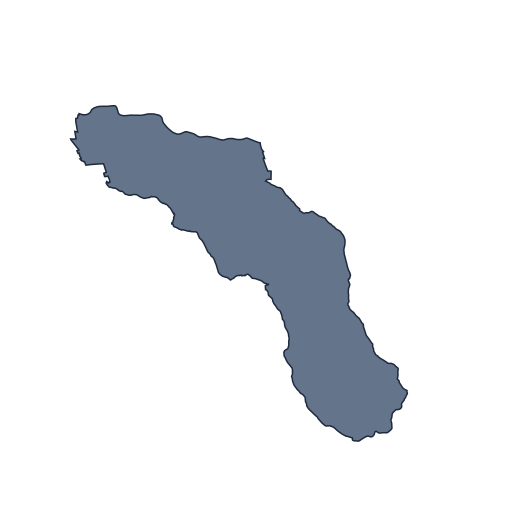 outline of Alunis, Mures, Romania, rotated 53°
{"feature_id": "2599482B15275919271112", "entity_name": "Alunis", "entity_type": "district", "adm_level": 2, "iso_a3": "ROU", "parent_name": "Romania", "parent_adm1": "Mures", "projection": "natural_earth1", "projection_center": [24.861, 46.884], "detail": "fine", "context": "isolated", "style": "filled", "palette": "slate", "viewbox_px": 512, "rotation_deg": 53, "n_neighbors": 0, "source": "geoboundaries", "source_scale": "gbopen_adm2", "svg_char_len": 6100}
<svg xmlns="http://www.w3.org/2000/svg" viewBox="0 0 512 512"><g transform="rotate(53 256 256)"><path d="M72.5,338.2L74.8,338.0L76.0,337.1L76.8,337.1L77.1,336.4L77.4,336.3L78.5,336.3L79.7,336.9L81.1,337.2L83.9,332.3L87.4,326.9L90.6,322.2L99.1,325.2L98.3,327.8L101.4,329.1L102.1,328.3L103.1,326.2L107.0,327.1L109.2,328.3L108.9,329.9L108.7,330.1L107.7,329.7L107.4,330.2L107.5,330.7L106.8,330.6L107.1,331.3L108.0,331.9L108.4,332.0L112.2,331.9L112.8,331.6L114.6,330.0L115.9,329.1L116.7,328.0L117.9,327.2L119.9,326.4L120.7,326.4L122.4,325.5L123.1,325.1L123.5,324.2L124.6,323.6L128.1,323.2L128.8,322.4L130.6,321.3L132.4,319.0L132.9,317.3L133.6,316.2L134.8,314.9L135.6,314.2L139.1,312.9L142.3,311.0L143.3,309.7L143.9,308.1L145.0,306.3L145.4,305.1L145.4,303.9L146.2,303.4L147.4,301.5L147.8,301.2L149.3,300.2L150.2,299.9L153.9,299.9L155.8,299.5L158.2,298.5L158.8,297.4L160.1,297.3L160.9,296.5L161.9,296.1L164.7,296.0L166.5,295.6L172.7,296.4L172.5,295.9L173.5,296.0L174.6,296.7L175.7,298.6L176.8,299.4L177.4,300.0L178.0,301.1L178.5,301.5L178.7,302.2L179.1,302.4L179.1,302.9L178.9,303.2L179.0,303.5L179.7,304.0L180.3,303.3L180.7,303.2L182.0,303.8L183.2,303.8L186.2,302.0L188.3,301.2L189.5,300.3L190.3,300.0L190.6,299.7L190.7,299.2L191.3,298.4L195.8,294.9L196.0,294.6L195.9,294.1L196.1,293.7L197.4,293.3L200.5,289.5L201.6,288.9L202.7,289.0L204.9,289.7L207.7,290.3L211.5,289.7L215.3,290.2L224.0,292.0L227.0,291.5L229.0,291.9L231.3,291.3L232.6,291.2L236.8,292.5L238.6,292.9L246.7,295.9L248.9,295.8L251.5,295.1L254.1,293.5L255.6,292.1L257.8,291.3L259.4,291.0L259.9,290.7L259.9,289.2L260.3,286.9L260.0,285.1L260.2,283.4L261.0,281.5L261.3,281.2L261.7,281.0L262.4,279.3L263.4,279.2L264.4,277.0L264.6,276.8L265.1,276.7L265.2,274.2L265.6,273.5L268.8,272.5L269.4,272.7L270.2,272.5L271.4,272.5L274.1,269.8L276.4,268.4L278.3,267.0L279.9,266.3L282.6,265.7L283.7,264.6L284.8,264.4L285.9,263.1L286.2,263.2L286.3,263.6L286.2,264.3L285.3,265.9L285.3,266.3L285.5,266.6L288.6,268.6L289.0,268.2L289.7,268.0L292.2,268.1L294.1,269.3L295.1,269.6L299.4,268.8L300.5,268.9L302.2,269.8L305.1,270.4L307.0,270.3L311.2,270.6L312.5,270.5L313.5,270.0L315.2,270.0L319.4,271.3L322.5,273.0L324.2,272.8L326.2,273.3L328.2,274.6L330.5,275.6L334.9,276.1L337.7,276.9L339.7,278.2L341.5,278.9L344.4,281.7L346.6,283.2L347.4,284.0L349.0,286.1L349.1,286.6L348.8,289.7L349.1,290.8L349.7,291.7L352.5,293.5L352.8,293.7L355.6,294.0L356.7,294.4L360.1,294.9L367.2,294.6L369.6,295.8L369.9,296.3L371.7,297.4L372.7,298.6L373.6,300.1L375.5,300.7L377.8,302.0L381.2,303.1L382.3,303.3L387.7,303.4L389.5,303.0L392.0,303.1L394.9,302.0L398.1,301.8L399.0,302.2L402.3,304.2L404.1,304.4L406.3,305.7L409.7,306.0L419.2,304.5L421.2,303.9L423.2,304.2L429.2,303.8L432.6,303.0L433.6,302.6L434.1,302.1L436.0,299.2L436.7,298.6L436.9,298.7L437.5,298.2L439.7,297.0L444.9,296.0L449.7,294.5L453.8,292.7L456.1,290.7L456.9,290.3L459.1,288.6L459.5,288.6L460.4,289.4L461.2,289.7L462.2,289.2L463.3,288.1L465.4,285.7L465.8,284.8L466.0,280.5L466.3,277.7L467.0,275.2L467.4,274.7L469.4,273.4L470.1,272.2L470.2,270.9L470.0,269.9L469.5,268.8L468.1,266.9L468.1,265.9L468.3,265.5L470.8,264.7L471.8,263.9L474.1,260.1L475.2,258.9L476.1,257.4L476.2,256.2L476.0,252.9L475.4,251.1L471.1,248.2L468.4,247.2L468.0,246.8L466.9,245.0L464.3,242.5L463.8,241.8L463.4,240.5L463.0,237.2L463.3,236.1L464.1,235.0L464.8,233.4L464.8,232.2L464.5,231.0L463.9,230.2L461.9,229.0L461.2,227.9L460.3,224.6L459.4,223.2L459.0,221.6L458.2,220.6L457.1,218.1L456.5,217.6L454.9,217.0L454.5,216.4L454.1,216.4L452.1,217.5L449.8,218.2L443.1,217.7L442.0,216.9L439.1,217.1L438.4,216.1L436.1,213.9L434.3,212.8L431.9,210.5L431.1,210.1L427.6,210.9L425.6,211.1L422.9,212.8L422.3,213.8L420.9,215.3L419.2,215.6L418.4,216.1L417.1,216.4L412.8,218.2L410.5,218.9L409.3,218.9L407.7,219.6L406.3,219.8L404.1,219.3L403.1,219.4L400.5,217.8L399.1,217.7L396.5,215.8L394.7,216.0L390.3,215.7L385.6,215.7L377.3,212.8L375.5,211.6L374.8,211.4L373.2,211.7L367.8,211.1L364.0,212.0L359.9,212.0L357.4,212.7L354.9,213.1L353.7,212.6L353.1,212.6L351.9,212.1L350.8,212.1L349.4,211.5L348.7,209.8L347.8,208.8L345.6,207.7L343.3,205.8L340.1,203.8L337.6,201.6L336.2,199.4L335.2,198.2L333.7,197.7L332.0,197.4L330.4,196.5L330.1,195.9L330.5,195.2L330.4,194.9L328.2,192.1L326.3,191.3L322.5,190.5L319.8,189.5L307.2,184.2L303.6,181.9L300.5,178.3L298.4,176.5L296.6,175.2L293.1,174.1L291.5,173.9L289.1,174.0L288.2,173.8L286.1,174.1L283.2,175.6L281.8,175.9L279.2,176.1L278.0,176.8L275.8,176.9L274.2,177.7L271.5,178.2L267.7,178.2L267.0,178.4L261.9,181.7L258.7,182.6L257.9,183.1L255.5,183.6L254.2,184.3L253.5,185.4L253.5,187.0L252.8,188.5L251.8,189.6L251.3,190.6L250.8,192.1L246.0,193.9L245.8,193.9L245.4,193.2L244.4,192.8L242.4,193.4L240.6,193.6L239.9,193.9L238.6,193.7L235.0,193.8L233.4,194.4L231.1,194.2L228.9,194.8L227.5,194.7L225.1,195.4L218.8,194.8L216.1,195.6L213.8,197.8L211.6,198.7L207.9,200.9L206.3,201.1L202.5,202.9L202.1,203.3L201.7,202.3L201.7,201.1L202.9,199.0L203.8,197.9L197.4,192.9L196.3,193.9L195.2,195.5L187.6,193.3L183.6,192.0L182.3,191.3L183.3,190.4L177.0,188.2L177.2,187.2L173.8,187.2L169.9,185.6L168.1,184.5L167.4,185.3L164.5,187.2L156.6,192.0L155.8,193.2L155.1,195.6L154.0,197.8L152.5,199.9L150.9,201.6L147.8,204.3L145.8,207.2L145.5,207.7L143.8,212.2L142.3,213.8L140.6,215.3L138.8,216.4L133.2,220.9L131.3,222.9L129.8,225.1L128.0,228.2L126.8,229.6L124.7,230.8L122.6,231.4L120.0,232.8L116.1,235.7L114.7,236.9L114.1,238.1L113.1,242.2L112.2,244.3L111.2,245.6L107.4,248.0L102.0,249.3L99.2,249.7L94.2,249.9L92.3,249.5L89.2,248.1L88.3,248.0L86.9,248.1L85.8,248.4L84.8,249.0L81.0,252.2L78.5,255.4L77.3,257.3L75.3,261.7L74.4,263.2L68.1,271.3L65.3,275.9L64.0,277.6L61.9,279.4L60.3,279.9L59.0,279.9L54.5,278.2L53.1,277.9L52.0,277.9L51.1,278.3L49.9,279.8L47.2,284.3L42.3,290.9L41.1,293.6L40.3,296.4L40.2,298.9L41.6,302.1L41.6,304.2L41.1,306.2L39.7,308.5L37.7,310.3L35.8,311.6L36.9,312.4L36.3,313.2L38.5,315.7L37.7,317.1L40.3,319.1L49.7,323.9L47.4,325.7L54.1,329.2L53.2,330.8L51.0,333.6L52.1,333.9L64.8,333.6L64.2,335.7L67.1,336.4L67.5,335.3L67.8,335.3L69.2,336.2L70.1,336.6L71.2,336.6L73.0,337.0L72.5,338.2Z" fill="#64748b" stroke="#1e293b" stroke-width="1.5"/></g></svg>